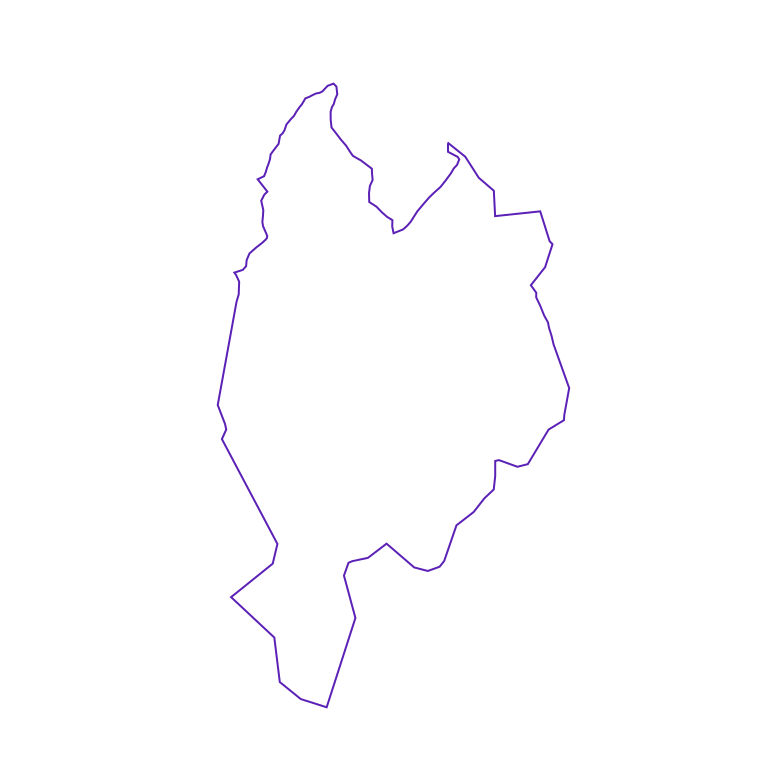 outline of Ibarapa East, Oyo, Nigeria, rotated 168°
{"feature_id": "59680162B5704166644463", "entity_name": "Ibarapa East", "entity_type": "district", "adm_level": 2, "iso_a3": "NGA", "parent_name": "Nigeria", "parent_adm1": "Oyo", "projection": "robinson", "projection_center": [3.477, 7.592], "detail": "fine", "context": "isolated", "style": "outline", "palette": "violet", "viewbox_px": 768, "rotation_deg": 168, "n_neighbors": 0, "source": "geoboundaries", "source_scale": "gbopen_adm2", "svg_char_len": 2048}
<svg xmlns="http://www.w3.org/2000/svg" viewBox="0 0 768 768"><g transform="rotate(168 384 384)"><path d="M195.3,520.4L240.4,525.1L236.4,550.2L248.4,566.0L257.3,589.5L271.0,606.2L271.5,605.6L273.1,597.8L264.7,590.8L263.7,588.0L267.1,583.0L270.9,580.4L274.8,576.1L281.7,570.0L287.9,564.9L295.6,560.5L301.0,557.1L307.9,551.9L315.6,545.9L324.1,537.2L327.0,535.0L328.7,533.8L333.3,531.2L343.3,529.5L343.2,536.4L341.7,542.5L346.2,546.8L350.6,552.7L350.7,552.9L354.5,559.0L360.6,565.1L359.8,569.4L359.0,573.8L356.6,580.7L352.7,585.9L351.9,592.8L351.1,597.1L360.2,607.6L363.2,610.2L367.0,613.7L368.5,617.1L371.5,625.0L375.3,631.9L379.0,639.7L382.0,645.8L381.2,653.6L379.6,661.4L377.3,665.7L374.9,668.3L372.6,672.7L370.1,676.2L369.5,677.0L368.7,684.8L370.9,688.3L377.1,687.4L380.9,684.8L383.2,683.1L386.3,682.2L390.1,682.3L394.0,681.4L397.0,680.5L401.6,679.7L403.9,677.1L406.3,674.5L408.6,672.8L413.2,668.5L416.3,665.0L420.1,662.4L425.5,658.1L428.6,652.9L431.0,650.3L434.0,648.6L437.2,640.8L443.3,635.6L447.2,632.1L448.7,627.8L451.1,623.5L453.4,620.0L455.7,615.7L458.1,612.2L465.0,610.5L458.1,596.4L458.7,596.0L461.7,594.1L466.0,588.8L465.9,579.2L467.5,573.4L469.3,567.7L469.5,563.6L467.4,553.1L468.3,550.9L470.1,549.6L474.0,547.3L480.6,544.1L484.9,541.7L488.5,539.6L492.6,533.7L494.4,527.9L498.4,525.0L502.1,524.6L507.2,524.1L506.0,521.3L504.4,514.2L507.5,501.8L511.1,495.2L551.0,398.0L547.8,377.9L547.8,372.2L549.4,370.1L554.0,363.8L553.6,362.4L521.5,249.7L530.2,231.4L577.9,207.3L544.0,158.8L547.9,114.1L530.9,93.1L507.3,79.7L460.6,161.1L463.0,204.9L455.9,216.5L451.8,217.3L435.8,217.3L414.7,227.3L392.6,198.3L380.0,192.0L367.6,193.7L361.9,198.4L342.5,230.7L322.8,240.2L321.4,241.4L309.6,251.3L298.6,258.0L294.4,270.7L291.2,285.6L287.3,285.6L270.7,275.3L260.0,275.7L232.5,305.2L215.5,311.2L214.1,316.2L203.7,341.5L208.0,373.4L209.4,383.8L209.9,387.3L210.1,396.3L210.9,404.5L210.8,410.1L213.1,417.7L214.8,427.4L217.1,437.1L216.1,441.6L219.8,450.1L202.1,464.8L190.1,485.7L192.3,489.2L195.3,520.4Z" fill="none" stroke="#5b21b6" stroke-width="2"/></g></svg>